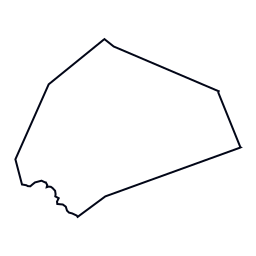 Floissac/Marc, Castries, Saint Lucia
{"feature_id": "8701671B34935279369913", "entity_name": "Floissac/Marc", "entity_type": "district", "adm_level": 2, "iso_a3": "LCA", "parent_name": "Saint Lucia", "parent_adm1": "Castries", "projection": "natural_earth1", "projection_center": [-60.961, 13.963], "detail": "fine", "context": "isolated", "style": "outline", "palette": "ink", "viewbox_px": 256, "rotation_deg": 0, "n_neighbors": 0, "source": "geoboundaries", "source_scale": "gbopen_adm2", "svg_char_len": 581}
<svg xmlns="http://www.w3.org/2000/svg" viewBox="0 0 256 256"><path d="M218.7,91.2L218.3,91.1L113.7,46.5L104.4,39.1L48.7,84.3L15.4,159.3L22.0,184.5L23.9,184.8L26.5,185.3L27.7,186.1L30.3,186.3L32.0,184.8L35.0,182.4L36.6,182.0L41.5,180.7L45.1,182.4L45.8,182.4L47.2,185.0L46.7,187.2L48.5,186.6L50.8,186.8L52.5,188.0L55.1,190.8L55.6,194.1L55.3,196.4L58.7,198.2L57.0,201.6L57.3,204.0L62.8,204.5L65.8,206.7L67.0,210.6L69.0,212.6L72.1,213.4L76.8,215.6L77.6,216.9L105.3,196.4L240.2,147.6L240.6,147.4L240.4,147.3L218.3,92.6L218.7,91.2Z" fill="none" stroke="#020617" stroke-width="2"/></svg>